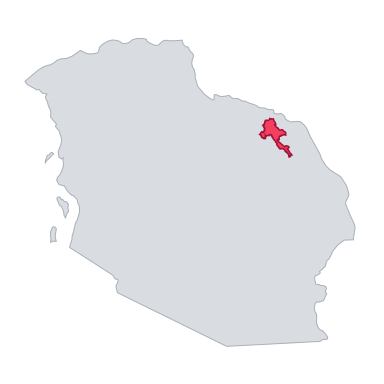 location of Sumbawanga, Rukwa, United Republic of Tanzania, rotated 177°
{"feature_id": "72390352B27717411944051", "entity_name": "Sumbawanga", "entity_type": "district", "adm_level": 2, "iso_a3": "TZA", "parent_name": "United Republic of Tanzania", "parent_adm1": "Rukwa", "projection": "mercator", "projection_center": [31.975, -8.085], "detail": "fine", "context": "in_parent", "style": "filled", "palette": "rose", "viewbox_px": 384, "rotation_deg": 177, "n_neighbors": 0, "source": "geoboundaries", "source_scale": "gbopen_adm2", "svg_char_len": 8386}
<svg xmlns="http://www.w3.org/2000/svg" viewBox="0 0 384 384"><g transform="rotate(177 192 192)"><path d="M135.0,280.3L130.2,277.8L125.9,276.2L122.4,274.5L120.9,272.9L117.6,272.3L114.7,272.0L112.1,270.5L106.7,269.9L106.1,268.9L106.0,266.6L105.1,266.0L103.1,265.5L101.0,265.5L99.7,265.8L98.9,265.7L97.2,264.3L95.5,262.6L94.9,259.9L92.4,258.2L89.6,256.8L81.7,257.0L80.4,256.6L78.5,255.2L76.3,252.9L74.6,250.4L73.0,246.9L71.4,242.1L62.3,223.4L61.4,219.8L59.6,215.9L56.7,211.0L53.6,207.5L49.4,204.2L44.7,201.0L42.2,198.8L37.3,190.0L36.3,185.8L35.5,181.6L35.8,179.8L38.9,174.3L39.2,172.8L38.8,170.7L37.3,166.3L35.4,161.0L31.6,151.3L31.0,148.9L31.1,147.0L33.3,137.2L33.3,135.8L42.4,136.0L49.0,131.7L54.8,125.3L56.0,122.6L58.3,118.5L60.6,116.4L61.5,115.0L62.8,110.9L65.9,108.1L68.8,106.0L68.2,104.5L68.6,103.9L70.3,102.8L73.4,101.8L74.0,99.7L74.0,97.2L73.5,95.9L73.6,94.3L73.1,93.4L71.1,93.2L68.0,92.0L65.4,91.5L63.7,90.8L63.1,90.2L62.8,88.8L64.2,85.0L62.8,83.5L66.0,77.2L66.6,76.5L67.7,76.4L69.5,75.7L71.2,75.4L72.6,75.7L73.6,75.4L74.5,74.7L75.3,72.6L75.9,69.1L75.5,66.2L74.2,64.0L73.9,60.6L74.5,56.1L74.0,52.3L72.6,49.3L71.1,47.5L68.8,46.6L65.2,42.0L64.1,39.8L64.3,38.4L65.6,37.8L67.9,38.0L70.0,37.5L72.0,36.2L73.9,35.9L75.0,36.1L165.6,36.1L271.5,95.2L271.9,95.9L272.8,101.0L272.6,102.7L271.0,105.6L270.5,107.2L270.5,108.2L270.9,108.7L272.3,108.8L273.4,109.5L273.9,110.1L274.8,112.3L275.9,113.4L316.2,142.4L317.1,142.9L316.5,145.3L314.3,151.2L314.1,153.7L313.2,156.6L312.4,158.5L310.1,166.9L308.1,170.0L305.5,177.3L305.1,182.9L306.5,186.8L307.1,190.5L310.2,194.1L312.7,195.4L314.3,197.0L317.3,200.8L319.0,204.6L324.4,206.4L326.5,210.6L325.7,213.6L323.2,216.0L320.9,219.9L319.0,225.0L319.0,232.9L320.3,231.7L323.1,233.6L323.5,239.4L320.5,246.2L319.6,249.3L319.5,252.1L321.6,260.2L324.8,264.3L324.6,265.6L323.7,266.7L329.2,274.0L328.8,280.3L330.8,285.3L331.7,289.6L333.1,292.9L333.4,295.1L331.7,297.6L335.7,298.3L338.0,300.3L339.1,302.3L342.0,302.2L343.6,303.6L345.9,304.7L350.8,308.0L352.2,309.7L353.0,311.3L339.3,321.8L334.3,324.5L330.8,325.7L327.0,326.4L323.4,328.0L320.0,330.6L315.6,331.9L310.3,332.0L304.8,333.8L296.0,339.2L290.9,336.2L286.9,335.2L282.3,335.3L279.5,335.7L278.5,336.4L277.6,338.2L276.9,341.2L273.8,344.1L268.5,346.9L263.7,348.0L259.2,347.3L256.2,346.1L254.6,344.5L252.3,343.7L249.2,343.9L246.3,345.0L243.5,347.2L239.0,348.1L232.8,347.9L229.5,346.8L229.1,345.0L226.4,342.9L221.4,340.4L217.8,340.4L215.4,342.7L213.3,344.2L211.4,344.8L209.7,344.9L207.2,344.2L200.4,344.0L193.9,344.1L193.3,340.7L191.9,338.6L190.8,337.4L188.5,337.1L187.9,336.1L187.2,334.0L186.1,332.3L184.6,330.8L183.7,329.4L183.4,328.1L183.7,326.7L185.0,323.3L185.5,320.9L185.3,318.5L184.6,316.0L183.0,313.1L183.2,312.2L182.7,310.2L182.6,308.8L182.9,307.0L182.6,304.7L181.3,299.8L181.3,298.5L179.9,296.1L175.6,290.5L175.4,289.8L168.7,284.1L166.0,282.8L165.1,283.9L164.7,284.9L165.0,286.7L164.8,287.6L164.6,288.0L163.0,288.0L162.0,287.7L159.4,286.2L157.4,285.8L152.5,286.1L150.8,286.5L149.4,286.1L146.8,283.5L143.8,283.0L141.0,282.8L136.5,279.9L135.0,280.3ZM325.1,185.9L327.3,192.1L327.0,193.3L325.4,194.0L324.6,194.0L323.6,193.1L322.9,191.0L321.8,191.5L319.7,189.0L317.7,188.8L316.0,185.9L316.7,183.3L316.3,178.8L318.4,176.6L319.6,172.8L321.0,175.4L321.3,179.4L323.2,184.2L325.1,185.9ZM335.7,149.1L335.9,150.5L335.4,151.9L335.5,156.3L335.4,159.2L333.7,163.3L332.4,164.7L331.2,164.3L330.2,163.6L329.4,162.5L331.0,155.1L330.2,149.7L333.3,150.2L335.7,149.1ZM331.3,238.4L329.7,238.8L329.1,238.4L328.1,237.2L329.8,236.2L331.4,234.2L335.2,231.2L336.9,228.9L336.7,231.2L334.5,236.2L332.7,236.5L331.3,238.4Z" fill="#d9dde1" stroke="#a8b0b8" stroke-width="1"/><path d="M90.3,223.7L90.8,224.4L90.9,224.5L91.1,225.0L91.9,225.8L92.2,226.1L92.5,226.6L92.6,227.1L92.8,227.3L92.9,227.8L93.7,228.8L94.1,229.6L94.6,230.1L94.4,230.2L93.9,230.4L92.9,231.2L92.9,231.4L92.8,231.6L92.9,232.0L93.1,232.1L93.2,232.4L93.7,232.6L94.1,232.6L94.6,233.0L95.4,233.3L95.7,233.2L96.4,232.8L96.5,232.7L96.9,232.2L97.2,232.5L97.8,233.1L98.1,233.2L98.2,233.4L98.7,233.8L99.5,234.5L100.5,235.5L101.1,236.1L101.3,236.3L101.6,236.6L101.9,236.8L102.5,237.3L103.1,237.6L103.4,238.1L103.8,238.6L103.9,238.9L103.9,239.1L104.1,239.3L104.1,239.6L103.3,239.2L103.1,239.2L102.8,239.3L102.6,239.5L102.2,239.7L102.1,240.3L102.5,240.9L102.7,241.0L102.2,241.4L102.1,242.1L102.1,242.4L102.0,242.5L101.6,243.0L101.4,243.0L101.1,243.3L100.8,243.2L100.6,243.1L100.2,243.1L100.0,243.6L99.8,244.0L99.3,244.1L99.0,244.0L98.7,243.9L98.5,244.0L97.9,244.2L97.6,244.5L97.1,244.4L97.0,244.2L96.9,244.2L96.6,244.3L96.1,244.3L95.7,244.0L95.4,243.9L95.4,244.0L95.5,244.3L95.5,244.6L95.2,245.8L95.4,246.4L95.9,247.2L96.2,247.3L96.9,247.7L97.9,248.9L98.4,249.4L98.8,249.4L99.0,249.5L99.3,249.6L99.6,249.3L100.0,249.2L101.1,249.1L101.4,249.3L101.8,249.7L102.1,250.2L102.4,250.9L102.8,251.3L103.2,251.3L103.3,251.7L103.6,252.0L104.3,252.4L104.7,252.7L105.6,254.1L105.9,254.8L104.7,254.9L105.1,256.2L105.1,256.7L105.6,257.6L106.2,258.3L106.4,258.7L106.5,259.1L106.5,259.4L106.6,259.6L106.6,259.8L106.8,260.0L106.9,260.8L107.1,260.8L108.1,260.7L108.5,260.6L108.8,260.8L109.0,260.7L109.3,260.7L109.5,260.9L109.6,261.1L110.0,261.3L110.4,261.4L110.7,260.6L111.0,260.3L111.3,260.0L112.1,259.5L113.2,259.4L113.4,259.5L113.5,259.8L114.5,259.8L114.8,259.7L115.0,259.4L115.2,258.9L115.4,258.8L115.4,258.5L115.4,258.4L115.6,258.4L115.8,257.7L115.7,256.9L116.0,256.5L116.2,256.4L116.3,256.2L116.5,256.2L116.7,255.9L116.8,255.8L116.8,255.5L116.7,255.4L116.8,255.1L117.0,255.1L116.9,255.0L116.8,254.9L117.1,254.7L116.9,254.7L117.0,254.5L117.0,254.4L117.3,254.0L117.4,253.9L117.1,254.0L117.0,253.9L117.0,253.7L117.0,253.4L116.8,253.4L116.7,253.2L116.8,253.2L116.9,253.3L117.0,253.2L116.9,252.9L116.7,252.7L116.6,252.9L116.6,252.6L116.4,252.5L116.2,252.5L116.2,252.4L116.3,252.3L116.2,252.1L116.3,252.0L116.3,251.9L116.1,252.1L116.0,251.9L116.4,251.7L116.4,251.4L116.3,251.2L116.4,250.9L116.2,250.8L116.2,250.7L116.3,250.5L116.1,250.6L116.2,250.0L116.4,249.9L116.4,249.7L116.7,249.7L116.8,249.5L116.6,249.4L116.6,249.2L116.8,249.3L116.9,249.2L116.9,248.9L117.1,248.8L117.1,249.0L117.2,248.9L117.2,248.2L117.5,248.1L117.8,248.1L117.9,247.9L118.0,248.0L118.5,248.1L118.6,247.9L118.9,248.1L118.8,248.3L119.1,248.3L119.4,248.4L119.5,248.2L119.5,247.9L119.8,247.8L120.0,247.4L120.4,247.2L120.5,246.6L120.7,246.3L120.9,246.1L121.0,246.1L121.0,246.3L121.2,246.2L121.3,246.1L121.5,246.0L121.3,245.8L121.0,245.7L120.6,245.2L120.1,245.1L120.0,244.7L119.9,244.7L119.9,244.3L119.7,244.1L119.8,243.9L119.6,243.8L119.6,243.6L119.7,243.1L119.5,242.9L119.1,242.8L119.0,242.5L118.7,242.4L118.7,242.5L118.6,242.4L118.4,242.3L118.3,242.1L118.1,242.2L117.9,242.0L117.7,242.1L117.5,241.9L117.5,241.7L117.3,241.7L117.2,241.8L117.0,241.5L116.6,241.4L116.4,241.7L116.3,241.8L116.1,241.9L116.1,242.2L116.3,242.5L116.2,242.6L116.0,242.4L116.0,242.6L116.0,242.8L115.7,242.6L115.8,244.8L115.6,244.5L115.1,244.1L114.6,243.9L114.5,244.0L114.2,244.4L114.0,244.5L113.2,244.4L113.2,244.5L112.1,244.3L111.7,244.3L111.5,244.5L111.5,245.0L111.4,245.0L111.2,245.2L111.0,245.4L110.7,245.3L110.6,245.2L110.4,245.2L110.2,245.1L109.8,245.0L109.7,244.8L109.6,244.0L109.3,243.9L109.2,243.8L109.3,243.6L109.1,243.5L109.2,243.4L109.2,242.8L108.8,242.3L108.6,242.2L108.3,241.4L108.2,241.0L107.8,240.6L107.6,240.2L107.4,240.1L107.2,239.9L107.0,239.2L106.9,239.2L107.0,239.2L106.6,239.0L106.2,238.6L105.9,238.1L105.9,237.7L105.8,237.4L105.7,237.1L105.3,236.9L105.1,236.6L104.7,236.2L104.7,235.9L104.8,235.8L104.8,235.6L104.8,235.4L104.8,235.1L104.6,234.7L104.6,234.2L104.3,234.2L103.8,233.2L103.6,232.7L103.4,232.5L103.2,232.1L102.9,231.7L102.4,231.4L102.4,231.1L102.2,231.0L101.9,230.7L101.8,230.4L101.7,230.5L101.4,230.6L101.2,230.6L100.8,230.5L100.5,230.4L100.4,230.4L100.0,230.4L99.6,230.7L99.1,230.5L98.9,230.5L98.7,230.5L98.5,230.4L98.4,230.2L98.2,230.1L98.1,229.8L97.9,229.7L97.7,229.7L97.4,229.6L97.2,229.3L97.1,229.2L97.0,228.9L97.1,228.4L96.9,228.0L96.7,228.0L96.6,227.8L96.4,227.8L96.4,227.6L96.2,227.5L96.0,227.4L96.0,227.2L95.8,227.2L96.0,226.9L95.9,226.8L95.5,226.8L95.4,226.6L95.1,226.5L94.9,226.1L94.8,225.9L94.7,225.8L94.7,225.5L94.6,225.4L94.4,225.3L94.2,225.3L93.7,224.8L93.5,224.1L93.5,223.7L93.5,223.3L93.6,223.2L93.5,222.9L93.4,222.7L93.3,222.2L93.2,221.8L92.9,221.9L92.7,222.0L92.1,222.1L91.9,222.2L91.8,222.3L91.9,223.1L91.9,223.5L90.9,223.6L90.3,223.7Z" fill="#f43f5e" stroke="#9f1239" stroke-width="1.5"/></g></svg>